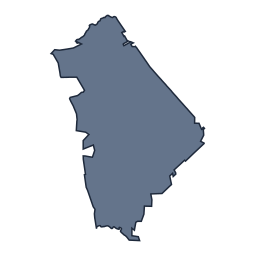 the district of Victoria, Tamaulipas, Mexico
{"feature_id": "50627088B11900040853895", "entity_name": "Victoria", "entity_type": "district", "adm_level": 2, "iso_a3": "MEX", "parent_name": "Mexico", "parent_adm1": "Tamaulipas", "projection": "albers", "projection_center": [-99.19, 23.69], "detail": "fine", "context": "isolated", "style": "filled", "palette": "slate", "viewbox_px": 256, "rotation_deg": 0, "n_neighbors": 0, "source": "geoboundaries", "source_scale": "gbopen_adm2", "svg_char_len": 4133}
<svg xmlns="http://www.w3.org/2000/svg" viewBox="0 0 256 256"><path d="M60.3,75.6L60.5,76.3L61.1,77.4L67.0,77.3L69.3,77.2L76.8,77.2L84.5,90.3L84.4,90.4L83.4,92.1L81.4,92.4L79.3,94.3L77.5,95.6L70.2,97.4L69.6,98.7L70.9,101.5L73.2,105.8L76.5,113.8L77.1,119.7L77.1,120.1L76.9,120.8L76.3,130.6L83.4,131.8L85.7,132.2L88.9,134.5L83.2,140.6L83.2,149.1L93.3,145.0L94.7,150.4L93.1,155.2L92.4,157.2L92.1,157.2L89.1,156.7L85.3,156.0L83.2,155.9L83.3,159.3L85.5,174.4L84.4,174.7L86.2,187.3L87.6,190.4L93.2,206.7L95.0,209.3L94.4,213.8L94.7,217.5L96.5,228.7L96.6,227.1L96.9,227.0L97.3,226.5L98.2,226.0L98.4,225.9L99.6,225.6L100.0,225.6L100.3,225.7L100.5,225.9L100.7,226.5L100.9,226.7L101.3,226.8L101.7,226.9L102.4,226.8L103.5,226.5L103.9,226.7L105.0,226.3L107.0,225.8L107.8,225.9L108.1,226.0L108.8,226.3L110.0,227.2L110.6,227.7L110.9,228.1L111.4,228.4L111.8,228.5L112.0,228.5L112.3,228.3L112.6,228.1L113.0,227.5L113.1,227.3L113.3,227.0L113.6,226.8L113.9,226.8L114.3,226.9L115.6,228.0L116.6,228.6L116.9,228.7L117.4,228.9L118.5,229.2L118.9,229.2L119.2,229.1L119.2,228.8L119.2,228.6L119.1,227.8L119.2,227.5L119.3,227.4L119.6,227.4L119.9,227.5L120.2,227.6L120.8,227.9L121.4,228.5L121.5,229.0L121.2,229.4L121.0,229.9L120.8,230.2L120.8,230.5L120.5,231.2L120.6,231.5L120.8,231.8L121.1,232.2L121.3,232.4L124.3,235.1L125.3,235.6L126.6,236.8L129.2,240.1L139.6,240.6L138.3,236.7L131.9,235.7L131.9,228.2L134.4,230.2L135.8,222.4L136.4,221.9L137.6,221.3L141.3,221.3L143.9,214.2L144.4,206.1L151.6,206.3L151.8,201.5L151.9,199.8L150.8,194.0L151.4,193.9L162.0,193.5L169.2,186.6L171.5,184.5L169.7,176.0L172.6,173.3L173.2,176.5L175.8,174.1L175.7,173.5L175.7,172.9L175.5,172.5L174.8,171.2L174.1,169.9L184.6,160.2L185.5,161.1L189.4,157.4L194.4,152.6L195.7,151.4L204.1,143.5L204.1,143.1L200.6,141.3L203.7,135.2L203.6,133.3L203.5,132.2L203.3,129.6L203.3,129.2L203.3,128.8L203.5,128.7L204.1,128.6L204.4,128.7L204.9,128.9L203.5,127.3L202.8,127.8L203.2,128.7L201.6,129.4L201.4,128.9L199.0,123.3L194.9,123.2L194.6,123.2L194.7,117.4L194.2,116.8L190.9,113.1L187.8,109.6L187.5,109.2L186.3,107.9L185.9,107.5L183.5,104.8L178.3,99.0L176.8,97.2L176.2,96.5L172.9,92.9L172.8,92.7L172.6,92.5L172.4,92.3L172.2,92.1L171.3,90.9L166.7,85.9L166.3,85.4L166.2,85.2L163.0,81.7L162.1,80.7L161.7,80.3L161.3,79.7L160.8,79.2L160.2,78.6L160.0,78.3L159.8,78.1L158.4,76.6L157.0,75.0L153.9,71.5L152.9,70.3L149.9,66.9L149.6,66.5L148.5,64.9L148.0,64.1L147.6,63.6L146.5,61.9L145.2,60.1L144.7,59.4L144.4,58.9L142.3,55.9L139.6,52.0L138.1,49.9L136.6,47.7L136.4,47.3L136.2,47.2L135.7,46.9L135.4,46.3L135.1,46.5L134.8,46.6L132.2,46.6L130.8,44.2L133.3,42.9L130.6,41.7L129.7,41.7L129.3,41.5L129.8,42.4L123.9,45.7L123.0,44.0L122.9,44.0L127.5,41.5L127.6,41.4L124.6,36.0L124.0,36.4L121.8,32.5L123.8,31.4L124.1,32.0L125.3,31.4L122.4,27.2L121.3,25.6L117.9,20.6L116.9,19.0L116.1,17.4L115.2,16.8L114.6,16.6L114.0,16.6L113.5,16.8L113.2,17.0L112.6,17.5L112.2,17.5L110.9,17.0L110.2,16.6L109.6,16.4L109.2,16.2L108.9,15.8L108.8,15.6L108.1,15.4L107.6,15.4L107.3,15.4L107.2,15.4L107.0,15.6L106.8,15.8L106.2,16.1L105.9,16.4L105.4,16.9L105.1,17.2L105.1,17.4L104.9,17.6L104.7,17.6L104.4,17.4L104.0,17.4L103.4,17.7L102.9,18.0L102.1,18.3L101.3,18.5L100.8,18.8L100.6,19.1L100.1,20.7L99.8,20.9L98.8,21.3L98.3,21.7L97.9,22.3L97.6,22.9L97.5,23.4L97.3,23.7L96.9,24.1L96.5,24.3L96.0,24.6L95.7,25.1L95.1,25.1L94.8,25.0L94.6,24.9L94.4,24.9L92.6,24.0L92.2,24.0L91.2,24.3L90.7,24.5L90.4,24.8L89.7,25.0L89.4,25.4L89.3,25.6L89.4,25.8L89.5,25.9L89.5,26.2L89.6,26.4L89.6,26.8L89.5,27.3L89.3,27.8L89.2,27.9L88.8,28.4L88.6,28.7L88.2,29.7L86.4,31.2L86.3,31.4L86.1,31.8L86.0,32.1L85.4,33.1L84.8,34.1L84.6,34.8L84.3,35.3L84.0,35.7L83.5,36.0L83.2,36.4L82.9,36.6L82.1,37.1L81.7,37.2L81.6,37.3L81.4,37.4L81.2,37.6L80.8,37.9L80.6,38.1L80.4,38.3L80.1,38.5L79.9,38.7L79.3,38.9L78.8,39.4L78.2,39.4L77.2,39.5L76.7,39.8L76.5,40.0L75.9,40.8L75.6,41.1L76.1,41.4L76.0,41.5L76.2,41.8L76.3,41.7L76.5,42.4L76.8,42.3L76.9,42.2L77.1,42.1L77.3,42.8L77.3,43.1L77.8,43.1L77.9,42.4L78.0,42.4L78.2,42.5L78.4,42.5L81.5,44.0L73.4,48.0L67.0,49.1L59.6,50.2L54.7,49.7L51.1,53.6L53.2,54.3L58.2,62.9L59.9,72.6L60.3,75.6Z" fill="#64748b" stroke="#1e293b" stroke-width="1.5"/></svg>